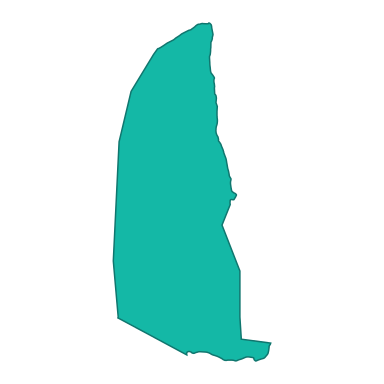 San Antonio, Copán, Honduras (Equal Earth projection)
{"feature_id": "27666195B4235748458284", "entity_name": "San Antonio", "entity_type": "district", "adm_level": 2, "iso_a3": "HND", "parent_name": "Honduras", "parent_adm1": "Copán", "projection": "equal_earth", "projection_center": [-88.864, 15.06], "detail": "fine", "context": "isolated", "style": "filled", "palette": "teal", "viewbox_px": 384, "rotation_deg": 0, "n_neighbors": 0, "source": "geoboundaries", "source_scale": "gbopen_adm2", "svg_char_len": 5627}
<svg xmlns="http://www.w3.org/2000/svg" viewBox="0 0 384 384"><path d="M117.9,317.9L186.8,354.9L186.6,353.0L186.6,352.9L186.8,352.7L187.0,352.4L187.1,352.2L187.4,352.0L187.7,351.8L188.0,351.7L188.5,351.5L188.8,351.5L189.3,351.5L189.8,351.6L190.4,351.8L190.8,351.9L191.1,352.1L191.4,352.4L191.8,352.7L192.0,352.9L192.2,353.0L192.5,353.1L193.2,353.2L193.5,353.3L193.9,353.3L194.3,353.2L194.8,353.0L195.7,352.6L196.4,352.4L197.5,352.1L198.9,351.7L199.1,351.7L199.3,351.7L199.9,351.7L206.2,352.1L206.7,352.2L207.3,352.3L208.0,352.6L208.8,352.8L209.6,353.2L210.1,353.4L210.5,353.7L211.5,354.3L211.9,354.5L212.4,354.7L213.1,355.0L214.9,355.5L216.3,356.0L217.3,356.3L218.3,356.8L218.8,357.0L219.8,357.5L220.7,358.0L221.7,358.5L222.1,358.8L223.2,359.6L223.6,359.8L223.9,359.9L224.3,360.1L224.8,360.3L225.2,360.3L225.8,360.4L226.1,360.4L226.4,360.4L226.8,360.3L227.4,360.2L227.7,360.1L228.0,360.1L228.7,360.1L230.6,360.1L232.0,360.1L232.6,360.2L233.5,360.3L234.2,360.5L235.1,360.8L235.4,360.8L235.7,360.9L236.2,360.8L236.5,360.8L237.0,360.6L238.1,360.1L238.8,359.8L241.5,359.0L242.5,358.6L243.2,358.3L244.3,357.8L244.8,357.6L245.7,357.2L246.2,357.1L247.0,356.9L247.5,356.9L248.0,356.9L248.6,356.9L250.7,357.2L252.5,357.5L253.3,357.7L253.4,357.8L253.5,357.8L253.7,358.0L253.8,358.2L253.8,358.4L253.9,358.8L254.0,359.1L254.1,359.5L254.3,359.8L254.4,360.0L254.7,360.2L255.2,360.7L255.6,360.9L255.8,361.0L256.2,360.9L256.7,360.7L258.3,360.0L259.4,359.6L260.9,359.1L261.6,358.9L263.1,358.5L263.7,358.3L264.2,358.0L264.5,357.8L265.2,357.1L266.0,356.1L266.6,355.5L267.1,354.8L267.7,354.0L267.9,353.6L268.1,353.1L268.3,352.1L268.6,350.9L268.7,350.2L268.8,349.6L268.9,348.9L269.0,348.0L269.1,347.1L269.1,346.2L269.3,345.9L269.5,345.5L269.8,345.0L270.1,344.7L270.5,343.8L270.7,343.1L241.3,339.2L239.9,317.1L239.9,271.0L222.0,225.1L230.2,204.6L230.1,204.0L230.1,203.6L230.0,203.0L230.0,202.5L230.1,201.7L230.1,201.0L230.2,200.5L230.2,200.3L230.3,200.2L230.5,199.9L230.7,199.7L231.0,199.6L231.5,199.5L232.6,199.7L233.1,199.7L233.8,199.7L234.3,199.1L234.8,198.2L235.6,196.9L235.8,196.4L236.0,196.0L236.3,195.5L236.4,195.1L236.4,194.8L236.3,194.6L236.2,194.5L235.9,194.1L235.5,193.7L235.2,193.5L234.8,193.3L233.8,192.8L233.5,192.6L232.9,192.1L232.2,191.6L231.9,191.3L231.8,191.0L231.7,190.8L231.5,190.1L231.3,189.0L231.0,187.5L230.7,185.4L230.6,184.6L230.5,183.8L230.5,182.9L230.5,182.5L230.5,182.1L230.7,180.8L230.9,180.1L231.0,179.0L231.0,178.9L230.9,178.7L230.5,178.0L230.1,177.4L229.4,176.1L229.3,175.8L229.3,175.6L229.2,175.0L229.1,174.2L228.5,171.1L228.2,170.1L227.8,168.8L227.6,167.8L227.3,166.0L227.1,164.8L226.7,162.7L226.5,161.3L226.3,160.1L226.1,159.2L226.0,158.8L225.9,158.4L225.7,157.9L223.9,153.1L223.7,152.5L223.6,151.7L223.4,151.1L223.3,150.8L223.1,150.0L222.5,148.5L221.5,146.2L221.4,145.8L221.1,145.0L221.0,144.6L220.9,144.4L220.7,144.0L220.2,143.2L219.9,142.7L219.4,142.0L219.2,141.8L218.8,141.4L218.6,141.2L218.5,140.8L218.5,140.6L218.5,139.8L218.5,139.5L218.5,139.2L218.4,138.8L218.2,137.9L218.0,137.1L217.8,136.6L217.5,136.2L217.3,135.8L217.1,135.5L216.9,135.1L216.7,134.7L216.5,134.0L216.3,133.5L216.2,133.1L216.1,132.6L216.0,132.2L216.0,131.5L215.9,131.1L215.9,130.4L216.0,129.3L216.0,128.6L216.1,127.9L216.2,127.0L216.4,126.3L216.6,125.6L216.9,124.7L217.0,124.3L217.1,123.8L217.2,123.3L217.3,122.5L217.3,122.0L217.4,121.4L217.4,120.8L217.4,119.8L217.3,119.0L217.1,117.4L217.1,116.4L217.0,115.7L217.0,112.8L217.0,112.3L217.0,111.3L217.2,108.1L217.3,106.3L217.2,106.2L216.1,103.0L216.0,102.7L216.0,102.1L216.1,101.3L216.2,100.3L216.3,99.5L216.3,98.9L216.4,98.4L216.3,97.6L216.3,97.2L216.2,96.9L216.1,96.3L216.0,95.7L215.8,95.4L215.7,95.1L215.6,94.9L215.4,94.7L215.0,94.3L214.9,94.2L214.8,93.9L214.7,93.8L214.7,93.6L214.4,88.2L214.4,87.9L214.4,87.7L214.6,86.9L214.6,86.6L214.6,86.4L214.3,83.7L214.1,83.1L214.1,82.9L214.0,82.7L214.0,82.4L213.9,81.6L213.9,80.5L213.9,80.1L213.9,79.7L214.0,79.4L214.1,79.1L214.2,78.9L214.3,78.6L214.3,78.4L214.4,78.2L214.4,77.9L214.3,77.7L214.1,77.3L214.0,77.0L213.6,76.4L213.0,75.5L212.1,74.2L211.8,73.9L211.4,73.5L211.3,73.3L211.1,73.0L211.0,72.7L210.9,72.4L210.7,71.8L210.6,71.2L210.5,70.6L210.2,67.6L209.9,65.2L209.8,63.6L209.8,62.8L209.5,57.9L209.5,56.9L209.5,56.6L209.6,56.3L209.6,56.1L209.7,55.9L209.9,55.5L210.0,55.1L210.1,54.8L210.2,54.5L210.3,54.0L210.5,52.0L210.6,50.9L210.6,50.4L210.6,49.4L210.6,48.9L210.7,48.4L210.8,47.9L210.8,47.5L210.9,44.0L210.9,42.6L211.0,42.2L211.1,41.9L211.4,41.3L211.7,40.7L212.0,39.7L212.2,39.1L212.3,38.8L212.3,38.6L212.3,38.4L212.3,37.8L212.3,37.4L212.4,37.1L212.4,36.8L212.7,36.1L212.8,35.7L212.9,35.0L212.9,34.6L213.0,34.4L212.9,34.2L212.9,33.8L212.4,31.3L211.8,28.2L211.7,27.4L211.6,26.3L211.5,25.8L211.4,25.5L211.3,25.1L211.2,24.9L211.0,24.5L210.7,24.2L210.2,23.7L209.9,23.4L209.5,23.2L209.3,23.1L209.1,23.1L208.9,23.0L208.7,23.1L208.5,23.3L208.4,23.5L208.2,23.7L207.0,23.8L204.4,23.7L203.7,23.7L202.6,23.5L202.2,23.5L201.8,23.6L201.4,23.6L200.6,23.9L200.1,24.1L199.4,24.2L198.8,24.2L198.3,24.3L198.0,24.4L197.7,24.5L197.3,24.7L196.9,25.0L196.2,25.5L195.8,25.8L195.4,26.2L194.6,27.0L194.0,27.4L193.7,27.7L192.2,28.7L191.3,29.4L191.0,29.7L190.7,29.8L190.4,29.9L189.3,30.2L189.1,30.2L188.6,30.4L184.6,32.4L181.7,33.9L181.3,34.2L180.3,35.0L179.4,35.7L178.9,36.0L177.4,37.0L176.4,37.6L176.0,37.9L175.5,38.2L175.1,38.6L174.3,39.3L174.0,39.5L173.8,39.7L173.5,39.9L172.9,40.2L168.0,42.7L167.5,42.9L166.9,43.3L165.7,44.1L164.3,45.1L160.9,47.3L159.6,48.0L159.3,48.2L159.1,48.3L158.6,48.5L158.0,48.6L157.9,48.7L157.7,48.8L157.4,49.1L153.6,54.4L131.1,91.4L119.1,141.7L113.3,261.0L118.2,317.0L117.9,317.9Z" fill="#14b8a6" stroke="#0f766e" stroke-width="1.5"/></svg>